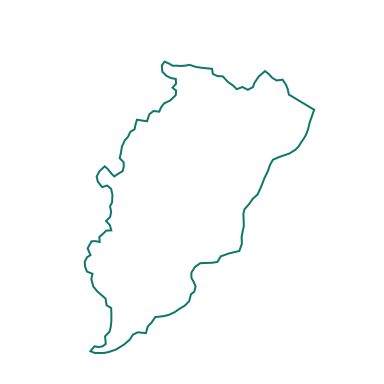 Buriti de Goiás, Goiás, Brazil, rotated 165°
{"feature_id": "56859067B41653153753174", "entity_name": "Buriti de Goiás", "entity_type": "district", "adm_level": 2, "iso_a3": "BRA", "parent_name": "Brazil", "parent_adm1": "Goiás", "projection": "orthographic", "projection_center": [-50.442, -16.168], "detail": "fine", "context": "isolated", "style": "outline", "palette": "teal", "viewbox_px": 384, "rotation_deg": 165, "n_neighbors": 0, "source": "geoboundaries", "source_scale": "gbopen_adm2", "svg_char_len": 2105}
<svg xmlns="http://www.w3.org/2000/svg" viewBox="0 0 384 384"><g transform="rotate(165 192 192)"><path d="M331.3,64.5L327.8,61.8L322.9,60.4L318.6,59.3L313.7,59.0L306.1,59.5L297.0,62.3L290.5,65.4L286.0,69.5L280.6,70.5L273.1,67.6L269.4,73.7L265.2,76.1L259.8,80.7L251.6,79.4L246.3,79.3L239.9,80.4L234.1,82.5L228.6,84.0L223.0,87.2L219.5,93.5L215.6,95.1L213.0,99.8L213.5,104.1L214.8,109.1L213.5,114.2L208.7,118.8L202.5,121.1L190.6,118.4L185.5,117.9L180.9,122.4L172.3,123.1L161.5,122.8L157.2,129.2L155.7,135.7L153.0,141.4L150.9,145.3L149.2,152.2L148.1,157.5L145.7,161.8L139.9,165.6L135.1,169.7L129.5,172.5L124.7,178.1L118.6,186.4L113.1,192.8L109.8,197.8L105.5,202.2L98.1,203.3L93.3,203.6L87.8,204.0L81.3,206.0L77.4,208.2L73.6,211.8L69.8,215.0L66.9,218.0L63.7,222.5L60.0,229.2L52.7,239.8L73.2,261.0L72.9,266.9L73.5,271.2L75.4,277.0L81.5,277.9L85.1,281.7L87.4,286.2L90.2,289.9L97.7,286.2L103.3,281.4L106.1,277.5L111.7,276.3L116.1,280.4L122.1,279.7L124.8,284.2L129.1,289.4L132.3,295.7L137.6,297.5L141.3,300.7L140.8,305.8L150.1,309.3L155.5,311.6L161.5,315.5L165.7,315.8L170.2,316.6L174.1,318.0L177.9,318.9L181.1,322.1L184.7,325.0L188.4,322.1L189.5,315.8L186.6,310.8L183.0,307.6L178.4,305.4L179.4,300.7L183.8,297.8L181.1,294.1L182.6,289.8L189.5,286.0L196.1,284.8L200.0,281.7L202.9,278.1L208.3,280.2L213.1,278.1L217.1,272.0L221.9,274.0L226.4,276.1L229.0,272.0L231.2,267.5L236.0,266.1L239.5,261.9L243.6,259.2L247.8,254.2L250.7,247.9L253.1,243.4L250.3,238.4L251.5,233.9L253.6,230.1L258.5,228.7L263.1,227.2L265.2,230.8L267.3,235.8L269.7,239.4L276.0,236.0L280.1,231.6L280.3,226.3L277.5,220.0L272.3,220.2L269.3,215.9L269.6,209.8L271.9,202.6L274.9,199.4L275.2,193.9L277.5,189.1L282.5,186.2L279.9,181.2L279.9,175.8L284.9,176.9L289.2,174.4L293.1,172.6L294.1,167.6L297.9,169.5L301.8,170.4L307.4,164.6L306.4,157.3L310.2,156.2L313.7,152.4L314.6,147.4L314.1,142.4L309.3,138.7L311.8,133.9L311.8,126.3L309.3,120.6L306.0,115.7L303.1,111.5L303.8,104.8L300.1,100.8L301.6,94.5L303.4,87.9L305.6,82.3L307.9,78.3L313.3,75.1L314.6,67.6L318.3,66.1L322.3,66.3L326.1,68.2L331.3,64.5Z" fill="none" stroke="#0f766e" stroke-width="2"/></g></svg>